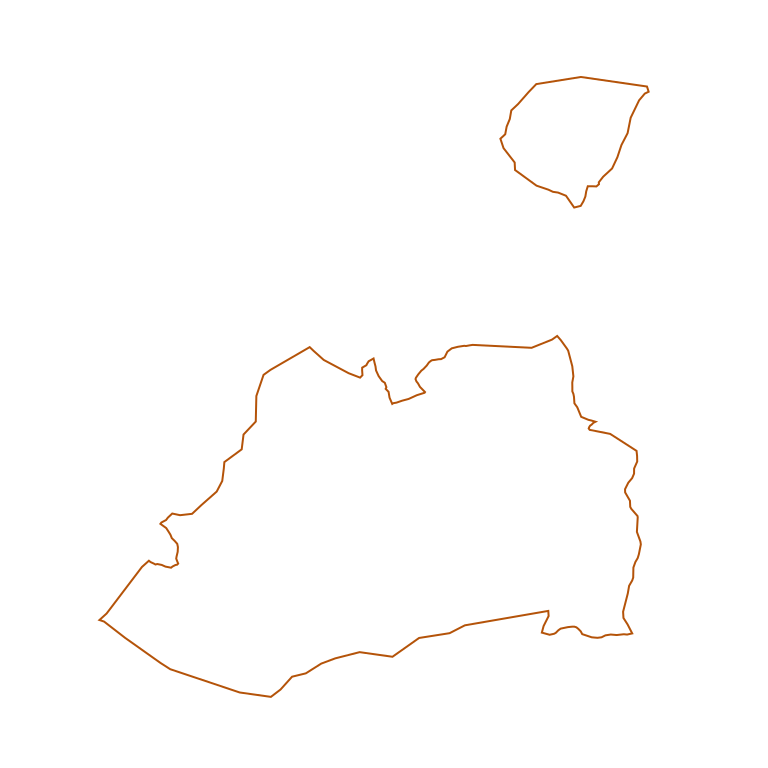 the district of Ideato South, Imo, Nigeria, rotated 94°
{"feature_id": "59680162B23369049466603", "entity_name": "Ideato South", "entity_type": "district", "adm_level": 2, "iso_a3": "NGA", "parent_name": "Nigeria", "parent_adm1": "Imo", "projection": "robinson", "projection_center": [7.136, 5.792], "detail": "fine", "context": "isolated", "style": "outline", "palette": "amber", "viewbox_px": 768, "rotation_deg": 94, "n_neighbors": 0, "source": "geoboundaries", "source_scale": "gbopen_adm2", "svg_char_len": 2989}
<svg xmlns="http://www.w3.org/2000/svg" viewBox="0 0 768 768"><g transform="rotate(94 384 384)"><path d="M532.4,590.3L534.9,591.9L536.0,593.7L537.7,596.4L539.1,597.3L541.1,594.1L542.9,591.2L546.9,588.2L549.3,586.5L552.6,584.9L555.2,581.8L557.9,579.1L561.1,578.2L565.8,578.1L570.6,578.9L572.7,579.1L574.9,578.1L577.5,576.8L578.7,577.8L579.1,579.4L580.8,582.2L582.1,583.6L581.4,589.3L580.0,593.1L579.4,597.6L580.0,599.4L579.2,601.1L577.9,604.5L576.7,606.2L583.4,612.7L632.3,644.7L639.3,651.4L640.5,646.7L655.4,624.4L677.8,587.6L683.4,577.4L701.8,506.4L704.0,475.0L696.0,465.9L682.4,455.3L678.1,441.8L667.3,427.1L661.1,413.5L653.2,389.6L655.5,356.5L634.9,331.3L628.0,301.2L619.1,286.5L598.9,204.3L604.0,203.6L614.3,207.9L621.0,209.2L622.6,201.3L621.3,196.9L620.3,195.3L617.5,192.9L615.7,190.7L613.7,183.6L613.0,179.6L612.8,177.2L613.3,175.1L614.7,173.1L617.0,170.5L619.7,168.8L620.5,165.7L622.2,159.1L622.3,153.4L621.5,149.3L619.3,145.6L618.1,140.3L618.2,134.4L616.9,127.3L617.0,124.0L615.5,119.0L606.9,124.2L600.7,128.8L594.5,129.6L576.0,126.2L568.2,125.4L562.7,122.7L559.7,121.9L549.7,122.4L544.0,120.8L540.0,118.8L536.2,117.9L526.1,116.6L523.3,117.2L513.9,121.4L499.3,121.6L498.0,121.9L491.3,128.6L489.4,129.8L483.3,130.5L475.3,135.9L472.1,136.2L465.4,133.4L460.6,129.9L456.0,128.3L450.9,128.6L443.7,126.0L438.2,126.5L433.1,127.4L418.0,154.9L415.4,175.6L414.1,176.7L412.7,176.3L411.2,175.5L410.0,174.0L408.1,172.4L406.9,170.4L405.9,174.9L405.5,177.5L403.0,185.0L393.7,189.6L390.0,192.7L383.5,193.6L380.6,194.4L378.2,195.6L374.0,195.9L369.3,196.3L363.2,195.6L353.2,197.4L337.9,202.6L335.8,204.1L327.9,210.7L324.0,214.6L328.0,219.5L337.6,239.3L338.8,298.3L339.5,301.4L340.4,304.9L340.3,306.6L341.7,312.8L343.7,318.9L347.3,323.0L353.1,325.4L355.2,328.8L355.5,331.3L356.4,334.9L356.9,337.7L357.7,338.9L359.4,340.7L362.7,342.7L364.0,343.8L366.2,345.6L368.1,347.7L372.0,350.5L375.6,352.6L376.9,352.9L379.2,351.8L380.9,350.2L384.4,347.9L386.8,345.2L389.2,342.5L389.9,342.9L392.9,350.5L397.2,358.4L399.4,364.8L401.7,370.2L402.5,373.4L403.3,374.4L397.3,377.5L391.5,378.9L388.7,382.0L387.0,381.4L382.7,383.3L381.2,386.0L376.5,389.9L371.0,392.9L367.1,393.7L363.5,394.9L359.3,396.2L362.4,400.9L365.0,402.3L366.5,402.9L369.2,406.9L371.7,406.8L376.7,406.1L379.3,408.3L375.7,420.0L364.2,445.8L355.9,456.5L352.4,460.7L377.8,498.2L383.3,504.8L404.9,510.5L430.4,509.3L444.2,520.6L459.1,521.4L473.0,537.8L479.5,537.9L492.0,538.6L503.0,543.4L517.4,557.6L526.9,566.4L529.1,578.3L528.0,586.2L532.4,590.3ZM74.0,140.4L68.9,142.4L64.0,209.1L74.2,253.0L82.7,260.1L95.4,269.8L102.2,276.1L110.9,277.0L118.7,279.6L126.4,280.5L131.2,285.0L140.4,281.2L153.9,269.1L161.4,268.2L175.5,245.7L178.7,233.5L180.5,228.9L180.9,223.7L183.5,215.6L194.7,206.6L192.6,200.2L187.8,197.8L182.9,196.2L177.6,195.7L172.5,194.5L172.2,189.8L172.1,185.9L169.7,183.5L167.8,183.8L161.9,179.8L153.1,171.5L141.5,167.0L129.0,163.8L116.8,158.5L101.2,156.5L83.2,149.3L76.1,144.1L74.0,140.4Z" fill="none" stroke="#b45309" stroke-width="2"/></g></svg>